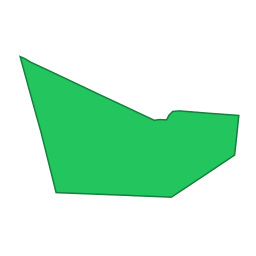 outline of Messias, Alagoas, Brazil, rotated 92°
{"feature_id": "56859067B80605076797224", "entity_name": "Messias", "entity_type": "district", "adm_level": 2, "iso_a3": "BRA", "parent_name": "Brazil", "parent_adm1": "Alagoas", "projection": "natural_earth1", "projection_center": [-35.824, -9.341], "detail": "fine", "context": "isolated", "style": "filled", "palette": "green", "viewbox_px": 256, "rotation_deg": 92, "n_neighbors": 0, "source": "geoboundaries", "source_scale": "gbopen_adm2", "svg_char_len": 475}
<svg xmlns="http://www.w3.org/2000/svg" viewBox="0 0 256 256"><g transform="rotate(92 128 128)"><path d="M111.6,17.7L111.2,27.7L110.4,48.6L109.1,77.2L109.9,83.9L113.8,87.5L118.5,89.7L118.5,97.2L119.4,102.0L108.5,127.4L94.8,159.6L78.8,196.6L65.6,227.6L62.2,233.7L60.4,238.3L106.8,223.8L135.5,214.7L195.1,197.6L195.3,141.8L195.3,127.9L195.4,121.8L195.6,82.2L171.2,48.1L161.9,35.2L151.3,20.5L132.3,19.1L111.6,17.7Z" fill="#22c55e" stroke="#15803d" stroke-width="1.5"/></g></svg>